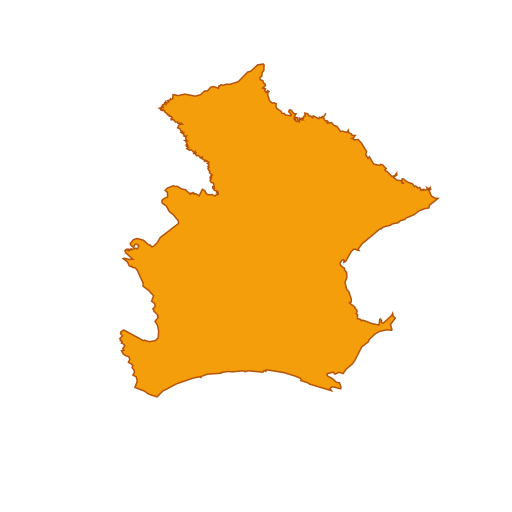 the district of Indramayu, Jawa Barat, Indonesia, rotated 118°
{"feature_id": "22746128B59462811669242", "entity_name": "Indramayu", "entity_type": "district", "adm_level": 2, "iso_a3": "IDN", "parent_name": "Indonesia", "parent_adm1": "Jawa Barat", "projection": "equal_earth", "projection_center": [108.112, -6.449], "detail": "fine", "context": "isolated", "style": "filled", "palette": "amber", "viewbox_px": 512, "rotation_deg": 118, "n_neighbors": 0, "source": "geoboundaries", "source_scale": "gbopen_adm2", "svg_char_len": 6158}
<svg xmlns="http://www.w3.org/2000/svg" viewBox="0 0 512 512"><g transform="rotate(118 256 256)"><path d="M428.9,301.2L427.7,291.1L428.3,285.3L426.8,277.2L419.0,274.9L406.1,266.1L393.5,254.4L389.2,249.2L389.1,247.6L388.1,247.9L383.3,243.6L375.9,231.8L375.0,231.9L370.8,226.0L369.3,222.3L364.3,214.9L363.0,212.4L363.4,211.5L360.9,208.7L355.4,195.5L353.5,195.0L353.2,193.1L351.7,193.8L345.8,176.4L343.5,164.3L343.2,159.6L343.8,158.0L344.9,157.9L343.7,151.2L343.9,148.4L339.5,126.1L338.3,128.6L335.4,127.0L333.5,118.9L331.8,119.5L328.8,122.8L329.8,125.8L328.4,130.7L328.4,136.3L327.4,137.8L326.4,137.8L322.3,133.2L323.3,130.8L319.7,128.1L318.9,123.9L314.0,123.4L306.1,120.3L301.8,119.7L286.6,120.0L278.8,116.4L277.0,117.0L268.9,114.3L264.6,111.6L259.6,105.6L257.9,101.4L257.2,101.4L253.3,105.1L245.4,103.9L244.8,106.6L242.5,108.4L245.0,108.3L255.2,112.0L255.9,112.8L255.5,114.5L254.2,114.7L253.2,116.5L253.6,117.0L259.2,115.0L261.2,121.9L262.4,130.9L263.0,132.5L263.7,132.6L262.9,134.5L263.8,137.0L260.2,138.7L259.7,140.5L257.5,140.7L256.2,142.0L255.8,143.8L254.7,144.7L253.6,151.6L251.7,150.3L249.3,151.7L243.8,157.4L243.1,160.0L237.6,165.0L232.3,165.7L227.9,168.4L226.8,171.3L225.3,172.1L224.7,176.7L223.2,178.5L218.8,178.0L218.3,176.1L220.4,175.5L218.8,174.3L207.5,174.0L204.3,173.0L203.2,171.4L203.5,170.4L202.7,167.8L202.1,169.0L195.5,168.1L173.8,159.3L173.5,158.3L170.6,157.2L165.8,151.8L163.5,150.6L159.9,146.1L157.1,145.1L153.8,141.7L152.1,141.4L145.5,136.0L139.5,133.2L134.9,129.2L132.4,125.9L129.7,126.7L119.7,122.3L121.0,125.3L120.5,129.7L116.8,134.0L115.2,133.0L113.7,134.4L115.6,134.9L115.4,137.1L116.9,135.3L116.8,136.4L118.5,137.4L118.2,139.1L119.5,139.2L119.4,140.7L120.6,141.0L118.6,143.6L120.1,144.9L119.3,146.8L119.5,148.2L120.4,148.6L118.8,151.8L119.6,156.8L118.8,162.1L119.2,163.1L121.5,162.6L122.6,160.2L123.1,161.4L121.4,163.1L122.9,167.4L121.9,171.7L118.6,169.7L116.8,170.7L119.8,171.1L122.0,173.4L119.8,179.8L120.0,181.9L119.1,182.7L117.7,182.1L116.1,187.0L116.6,189.1L118.0,189.4L119.6,195.3L115.1,202.5L117.3,202.9L115.5,205.9L114.8,206.9L111.9,207.3L106.8,215.9L105.2,220.6L107.1,223.4L107.2,226.7L106.1,225.4L103.0,225.0L104.3,227.9L103.4,229.5L103.6,232.0L101.7,233.6L104.3,233.7L105.1,238.0L106.3,239.9L103.6,245.4L104.1,248.8L102.8,251.8L105.2,255.6L103.4,255.6L103.3,257.0L104.3,258.0L102.2,261.6L97.2,261.2L101.4,261.7L101.8,263.0L103.3,263.1L103.8,265.1L105.3,265.0L105.4,271.3L107.4,271.0L106.7,273.4L107.5,274.9L106.1,277.0L106.9,280.0L109.2,278.3L110.6,279.5L112.0,278.9L113.1,280.5L113.7,278.4L114.5,279.7L114.0,282.3L117.2,280.6L117.4,282.1L114.4,284.3L115.6,286.8L118.0,284.1L117.6,286.1L116.3,287.2L111.7,287.5L112.5,289.1L110.7,293.8L111.2,295.0L113.3,294.9L114.5,291.2L115.6,290.9L117.7,296.0L116.9,298.0L117.9,300.0L116.5,301.7L116.0,306.9L113.8,309.2L112.0,309.6L112.3,312.2L113.5,313.4L112.5,316.9L108.5,321.1L106.1,322.2L104.7,321.7L104.6,323.6L107.0,323.8L105.8,326.2L104.0,326.1L104.6,328.9L101.1,327.6L100.0,328.6L99.5,330.8L98.0,332.2L98.3,335.3L96.6,336.5L94.6,335.3L91.3,336.7L88.4,336.2L83.5,338.6L83.1,339.8L86.5,344.3L95.4,347.4L97.5,349.7L110.5,353.5L117.0,360.0L118.2,362.8L120.5,364.9L121.4,367.4L122.1,367.1L123.2,368.6L125.5,367.9L126.2,372.8L128.1,375.2L132.9,376.3L134.6,379.0L139.5,380.6L143.3,384.5L146.5,394.8L150.9,400.0L152.4,405.0L156.4,403.4L157.4,403.9L157.3,405.3L158.7,405.1L160.4,407.0L160.9,405.4L162.5,406.4L162.2,408.2L164.4,406.8L163.9,408.6L165.6,408.4L166.4,409.4L168.1,407.7L168.3,409.5L169.0,408.9L170.8,410.6L170.5,408.0L171.4,409.0L171.9,408.0L170.6,405.0L171.7,404.1L172.0,401.4L172.9,400.5L172.2,398.9L173.3,398.3L172.5,396.1L173.5,394.8L174.7,395.5L175.6,394.8L174.3,393.1L175.6,389.9L174.5,388.3L175.4,387.3L173.7,384.4L174.2,382.9L175.7,385.5L179.6,385.4L179.3,383.0L181.1,380.6L180.2,379.0L182.0,380.4L182.2,378.2L181.1,377.7L182.8,377.1L183.4,375.6L184.4,376.1L182.7,373.7L184.2,373.9L185.8,372.2L187.4,373.1L186.8,370.6L187.9,371.5L189.6,369.1L190.4,369.6L190.7,367.9L191.7,369.1L192.1,366.7L193.7,367.5L193.9,364.3L192.7,363.6L193.2,360.2L194.5,359.4L192.8,358.8L194.1,358.5L193.2,357.4L194.7,357.3L195.4,355.5L194.3,354.3L195.0,350.8L193.8,349.9L194.7,349.5L195.4,350.5L195.5,346.8L196.5,346.0L195.2,345.4L196.0,344.4L194.9,344.0L195.7,342.1L195.0,341.1L197.2,342.3L197.3,340.8L198.8,339.9L199.6,340.5L200.1,339.1L201.2,339.6L202.5,338.0L202.6,336.7L204.2,336.3L205.2,332.7L206.1,333.4L207.2,332.4L206.9,334.1L208.0,332.3L208.4,333.2L209.8,331.8L210.7,332.2L212.1,330.0L211.5,327.8L214.6,325.4L215.0,326.8L216.4,326.1L216.1,324.4L217.2,324.5L217.5,322.7L216.9,321.2L218.3,320.7L217.4,319.4L218.5,318.9L218.2,318.1L219.1,319.0L219.9,317.8L219.5,319.5L222.3,320.3L222.4,323.5L224.5,327.4L224.3,329.2L222.4,331.6L222.3,334.7L229.5,334.4L229.3,338.5L230.2,339.4L229.5,340.6L230.4,340.6L230.1,342.0L231.2,342.3L231.3,343.2L232.3,343.0L230.6,349.5L231.7,352.9L231.4,358.2L232.6,360.0L232.8,362.0L237.6,366.1L240.8,367.0L241.4,364.1L245.2,361.8L248.6,364.2L250.9,365.1L252.4,364.5L253.4,363.5L253.9,358.7L257.4,353.5L258.6,347.8L261.5,341.0L263.7,339.7L284.6,349.2L290.6,349.4L295.7,351.1L296.9,352.2L296.0,354.4L296.5,356.6L294.9,362.6L296.3,369.1L299.2,371.9L304.2,372.9L305.6,370.7L305.8,368.3L302.6,368.2L301.8,367.6L301.5,365.8L302.3,364.1L305.3,364.1L306.0,366.7L308.1,368.0L308.3,369.5L309.0,369.0L309.9,371.8L310.7,370.4L311.4,371.1L311.0,373.6L312.7,374.3L314.4,372.5L316.6,363.2L318.7,366.7L319.7,371.1L320.7,372.0L321.6,366.7L324.2,363.3L324.0,361.4L323.2,361.0L324.1,359.8L323.2,356.8L324.5,353.9L333.0,342.9L335.8,341.4L336.6,335.2L339.2,327.7L344.9,327.0L345.6,323.1L347.9,321.3L351.8,322.4L351.0,322.0L351.2,321.3L352.5,320.6L354.4,314.7L355.4,314.7L355.9,313.5L361.1,314.4L363.4,310.5L367.9,306.8L374.2,303.9L378.0,305.2L381.9,310.1L382.7,315.0L383.6,315.3L383.4,338.1L386.5,339.7L388.1,339.2L389.3,336.5L393.0,337.5L393.4,336.2L394.4,336.0L394.3,334.0L396.1,333.9L395.9,331.8L396.9,329.6L400.2,330.2L401.1,328.4L402.8,330.3L404.8,327.3L405.2,324.4L404.6,321.0L406.4,319.0L409.8,318.7L409.8,315.2L410.7,313.2L412.6,313.1L414.3,309.6L416.3,308.6L418.9,308.9L418.9,305.1L422.2,302.1L428.9,301.2Z" fill="#f59e0b" stroke="#b45309" stroke-width="1.5"/></g></svg>